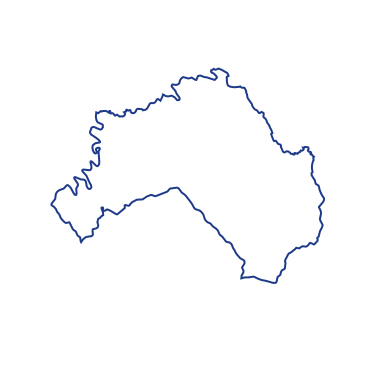 Yen The, Bắc Giang, Vietnam (Equal Earth projection), rotated 137°
{"feature_id": "81297802B24165490506756", "entity_name": "Yen The", "entity_type": "district", "adm_level": 2, "iso_a3": "VNM", "parent_name": "Vietnam", "parent_adm1": "Bắc Giang", "projection": "equal_earth", "projection_center": [106.157, 21.524], "detail": "fine", "context": "isolated", "style": "outline", "palette": "blue", "viewbox_px": 384, "rotation_deg": 137, "n_neighbors": 0, "source": "geoboundaries", "source_scale": "gbopen_adm2", "svg_char_len": 5980}
<svg xmlns="http://www.w3.org/2000/svg" viewBox="0 0 384 384"><g transform="rotate(137 192 192)"><path d="M88.3,195.6L88.6,197.2L88.5,198.3L86.5,200.0L85.8,201.0L86.6,203.2L88.5,203.5L89.0,203.8L89.2,204.2L88.8,207.3L89.7,209.7L89.7,210.9L89.2,213.7L88.2,215.7L87.4,221.7L87.0,223.2L85.1,226.1L84.5,228.0L83.6,228.7L82.6,232.2L82.8,232.8L84.1,233.9L84.6,234.8L84.8,236.4L85.6,236.6L89.7,239.8L92.1,242.8L92.9,244.7L93.0,245.2L92.5,246.9L91.5,248.5L88.4,252.2L87.9,252.5L86.3,251.9L85.7,252.5L85.1,255.1L86.9,260.9L88.4,264.1L91.5,265.4L92.2,267.3L94.3,267.4L94.9,267.9L96.0,267.1L96.1,266.7L96.1,265.6L95.3,263.9L95.2,260.0L95.4,259.1L96.0,258.6L99.0,258.5L103.1,265.9L104.5,267.5L106.3,271.2L107.4,272.2L108.7,272.7L112.4,271.0L113.2,272.2L114.2,275.9L115.8,276.6L117.4,277.7L119.8,281.7L120.4,282.2L122.7,282.3L124.7,281.8L127.1,280.2L127.5,280.1L129.2,280.4L130.5,281.1L133.0,284.0L134.4,283.7L135.0,282.2L135.2,277.3L136.3,274.1L136.7,270.2L136.9,269.5L137.9,268.2L139.0,268.2L140.2,269.3L140.1,273.0L141.0,275.9L141.4,276.5L143.9,277.9L145.6,279.7L146.7,283.1L148.5,282.0L152.8,280.3L153.3,282.7L153.7,283.4L154.6,283.6L156.8,282.9L158.3,282.8L160.0,283.6L160.7,284.5L161.9,285.3L162.8,285.3L168.1,283.6L170.3,284.0L172.1,285.2L171.9,285.9L172.3,286.9L175.1,290.0L176.4,290.1L178.2,289.3L179.2,289.2L180.6,289.3L181.8,290.3L182.3,291.6L182.1,292.4L181.4,293.4L181.4,294.2L181.8,294.5L183.2,295.0L183.3,296.0L183.6,296.7L184.4,296.8L185.3,295.9L187.3,296.7L187.4,295.4L187.7,294.7L189.3,294.0L191.1,294.4L192.0,295.5L193.5,296.5L193.9,298.9L194.3,299.8L195.8,300.1L196.3,300.5L196.1,302.7L196.3,303.7L196.6,304.1L197.9,304.8L198.0,305.1L197.7,305.7L196.8,306.6L196.7,307.1L197.1,307.5L198.1,306.7L198.7,306.7L199.4,309.5L200.3,310.6L202.0,312.0L203.2,312.5L203.3,313.2L203.6,313.4L206.8,313.6L207.7,315.5L210.6,313.0L211.8,311.5L213.2,309.0L213.4,307.1L211.5,302.7L211.6,301.7L213.1,300.1L215.2,299.6L216.2,300.0L216.9,300.9L219.2,306.1L220.4,307.3L221.8,307.5L223.8,306.3L225.2,305.8L225.8,305.3L226.3,304.6L226.6,302.8L225.1,296.7L224.7,293.9L224.8,291.8L225.3,291.2L225.9,291.3L229.1,293.4L230.3,293.7L232.7,293.8L233.8,293.1L235.0,291.8L236.2,289.7L236.7,287.7L236.7,286.7L236.4,286.1L235.5,285.6L234.4,286.2L233.3,288.5L232.6,289.0L231.6,288.9L230.2,288.2L229.7,287.5L229.7,286.9L230.1,286.3L232.4,285.6L233.3,284.7L238.7,277.9L240.8,275.8L242.1,275.3L242.9,275.2L243.7,275.5L244.2,276.8L244.4,281.8L244.8,283.3L245.3,283.5L246.1,282.9L247.6,280.0L249.2,278.1L250.2,277.6L251.6,277.5L252.8,278.6L256.2,282.6L257.2,282.8L257.7,282.5L258.1,281.4L258.0,277.3L258.2,275.6L260.7,268.2L261.1,266.2L262.1,264.4L262.7,263.9L263.6,263.7L264.6,263.9L265.4,264.7L265.6,265.6L265.1,268.0L262.6,271.8L262.3,272.9L262.4,274.4L262.9,275.1L264.8,277.2L267.1,282.3L267.8,282.9L268.3,282.9L268.9,282.0L269.8,276.2L270.2,275.4L271.1,274.5L274.3,273.5L277.5,269.5L278.6,268.9L279.3,269.4L279.6,270.2L279.4,271.7L278.0,277.1L277.8,278.6L278.0,281.4L278.6,282.2L279.8,282.3L283.5,282.0L287.7,283.8L289.6,284.1L291.2,284.0L293.2,283.2L296.8,280.2L302.2,279.3L303.0,279.0L303.7,278.2L303.1,275.6L303.1,272.5L304.2,269.3L304.3,266.2L305.8,262.2L305.9,258.1L305.7,256.4L305.4,255.5L304.5,254.7L302.6,253.8L302.4,253.1L304.5,246.2L304.5,245.0L303.9,242.6L305.3,238.2L305.3,237.4L304.8,235.8L304.8,235.1L307.0,231.9L307.3,230.9L304.1,231.7L300.4,231.4L298.3,230.2L296.1,228.5L294.8,228.1L293.5,228.5L291.2,231.5L290.0,232.4L286.6,230.6L285.0,230.5L284.1,230.9L283.1,231.8L281.8,234.4L279.2,236.2L278.5,236.3L277.2,235.8L274.8,236.1L272.8,235.6L271.2,237.5L269.3,241.8L268.9,242.2L268.3,242.1L267.8,241.2L267.9,240.8L269.1,240.0L269.4,239.3L269.3,238.5L268.8,237.9L267.4,237.4L266.0,237.2L265.6,236.6L264.5,234.1L262.8,228.2L262.3,227.0L261.8,226.6L252.1,226.1L250.3,228.1L249.7,228.0L247.7,225.1L246.5,224.9L245.2,225.3L242.4,225.3L237.6,224.0L233.2,220.3L228.2,219.5L224.3,218.0L223.3,217.0L222.0,214.3L221.3,213.7L210.5,209.4L209.3,209.1L206.4,209.5L205.5,209.3L200.5,205.8L199.6,204.8L199.3,203.6L199.9,198.6L199.2,195.2L199.1,193.5L199.8,185.7L200.3,182.6L201.2,179.3L201.3,177.8L201.1,176.9L199.1,173.3L198.8,171.7L198.8,169.5L199.1,167.7L201.0,163.7L201.5,161.4L201.1,158.9L200.0,156.5L200.2,152.5L199.4,148.9L199.3,147.3L199.4,146.2L200.8,141.9L200.3,138.6L200.9,132.7L200.6,131.7L199.1,129.7L198.7,127.8L198.9,126.1L200.1,123.2L200.6,120.5L201.5,117.5L201.8,115.2L201.9,110.6L200.8,107.3L200.7,106.3L201.2,105.0L202.4,103.9L206.8,102.7L207.3,101.9L207.8,99.8L208.8,98.5L210.2,97.7L212.3,97.3L214.8,95.2L212.0,93.8L208.4,90.6L205.0,88.4L204.4,87.6L202.6,83.0L201.2,80.3L198.4,76.4L194.7,70.3L193.2,68.8L192.6,68.5L191.3,68.7L187.5,71.4L183.9,71.2L181.3,72.9L180.3,73.2L179.6,73.4L177.2,72.7L176.2,72.8L171.9,76.4L171.3,77.8L170.3,78.6L164.6,80.7L163.0,81.0L160.7,80.3L155.4,79.9L153.8,80.1L152.0,77.6L149.8,77.4L148.1,76.9L146.0,74.4L145.5,74.1L143.2,73.8L140.9,74.4L140.2,74.1L139.3,72.3L138.7,70.7L138.3,70.3L133.4,70.7L132.5,71.5L131.9,72.9L129.8,73.0L125.2,76.0L121.2,77.4L119.4,78.4L118.8,79.2L117.8,83.1L116.9,85.0L112.1,88.4L110.6,90.8L109.6,94.2L109.3,94.5L102.9,95.3L101.2,96.0L100.3,96.7L99.7,97.4L99.1,101.2L98.1,104.3L97.2,106.5L95.3,109.7L95.2,111.1L95.8,113.0L95.8,113.9L94.1,117.0L93.6,120.4L93.0,122.7L91.8,124.2L90.3,124.3L88.3,127.3L86.2,129.6L82.6,132.0L81.2,132.4L80.2,134.1L78.7,134.6L79.0,135.6L78.8,137.1L79.5,138.6L78.8,140.0L78.4,139.1L77.9,140.0L78.2,140.9L79.1,142.0L79.1,142.8L78.8,143.5L77.3,144.0L76.7,145.1L76.7,145.7L78.8,148.0L79.3,148.2L80.1,147.8L80.6,148.6L81.0,147.4L82.0,146.8L83.7,147.4L84.2,148.2L85.1,148.0L85.6,147.6L87.7,148.3L88.1,148.0L88.9,148.1L89.7,149.7L90.4,150.5L90.8,150.4L91.3,149.6L91.8,149.7L92.3,150.3L92.6,151.5L93.5,152.3L93.7,155.2L94.0,155.9L94.8,157.1L97.3,157.8L97.9,158.9L97.8,160.0L96.6,163.1L96.4,164.2L95.3,165.2L95.0,166.2L96.2,168.4L95.8,172.3L97.2,173.3L97.2,174.0L94.9,179.9L94.4,180.5L93.0,180.3L91.5,183.7L91.2,185.4L90.0,188.6L89.7,191.6L88.7,193.6L88.3,195.6Z" fill="none" stroke="#1e3a8a" stroke-width="2"/></g></svg>